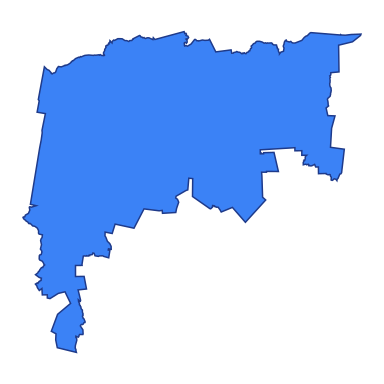 the district of Namiquipa, Chihuahua, Mexico
{"feature_id": "50627088B12522207625024", "entity_name": "Namiquipa", "entity_type": "district", "adm_level": 2, "iso_a3": "MEX", "parent_name": "Mexico", "parent_adm1": "Chihuahua", "projection": "equal_earth", "projection_center": [-107.153, 29.163], "detail": "fine", "context": "isolated", "style": "filled", "palette": "blue", "viewbox_px": 384, "rotation_deg": 0, "n_neighbors": 0, "source": "geoboundaries", "source_scale": "gbopen_adm2", "svg_char_len": 5713}
<svg xmlns="http://www.w3.org/2000/svg" viewBox="0 0 384 384"><path d="M115.1,224.1L134.0,228.2L144.0,208.9L159.2,210.8L162.2,210.4L162.5,213.3L175.8,212.5L176.6,208.4L178.7,202.2L177.5,199.3L175.7,198.0L176.1,196.2L186.0,190.5L187.8,189.9L188.8,178.2L192.7,178.6L192.5,196.5L209.8,208.6L210.7,208.8L212.3,207.3L212.6,205.5L214.1,205.7L214.1,206.4L214.8,206.3L215.2,206.8L215.7,206.6L216.4,207.2L218.1,207.2L220.1,210.0L221.2,212.0L232.4,207.4L245.4,222.3L265.7,200.0L262.6,197.2L261.9,175.9L261.6,172.2L266.5,172.2L266.5,171.4L278.4,171.5L274.0,152.4L263.6,152.7L263.6,153.8L260.3,153.8L260.3,153.4L261.0,153.2L261.0,152.7L260.3,152.3L260.3,149.8L294.9,147.7L294.9,150.8L301.8,150.7L301.8,155.3L306.6,155.3L305.5,156.3L305.2,157.4L305.3,158.6L304.7,160.3L304.3,160.2L304.4,160.6L303.7,160.9L303.8,161.2L303.2,162.6L303.3,164.8L305.4,164.2L306.3,164.4L306.7,164.8L308.2,164.2L308.8,164.7L308.8,165.7L310.9,165.9L311.8,165.8L314.6,164.4L315.7,167.0L318.4,167.0L318.5,173.7L326.0,173.5L326.0,173.9L327.4,174.6L328.6,174.8L329.7,174.5L330.2,174.7L330.5,176.3L331.3,177.3L331.1,180.0L332.1,180.4L332.8,180.1L334.2,178.8L335.9,179.3L336.9,180.6L337.1,179.3L338.0,178.4L339.8,174.1L340.9,173.8L341.6,172.7L344.3,149.2L330.5,147.3L331.6,128.3L335.0,115.9L327.8,115.6L326.1,108.0L328.6,105.9L328.2,105.2L328.0,102.0L327.4,99.2L327.8,98.4L330.1,96.3L330.6,94.3L330.5,93.1L330.8,92.8L331.2,90.7L331.0,87.9L330.2,86.8L329.8,85.4L329.7,83.4L330.0,82.7L330.1,80.4L329.8,78.1L330.4,77.5L329.7,75.9L330.5,75.4L330.8,74.6L330.8,72.7L339.0,71.9L338.6,45.2L352.5,41.8L360.5,35.5L361.0,34.1L351.2,34.5L345.3,35.2L341.3,35.0L340.6,34.5L340.3,35.0L310.8,32.6L309.7,33.2L307.3,35.7L306.0,36.1L304.3,37.4L301.8,40.4L295.1,43.0L293.0,43.0L291.9,42.6L290.8,41.4L289.3,42.0L286.3,41.0L286.2,40.1L285.4,40.4L284.4,42.0L283.9,44.5L283.4,45.5L283.3,46.6L284.0,48.0L283.5,51.3L280.9,52.1L279.5,53.9L279.5,53.3L278.3,50.9L278.5,49.2L277.4,48.7L277.3,47.3L277.0,47.2L276.5,45.0L273.7,44.9L272.5,44.2L272.4,43.5L271.4,42.9L268.0,43.1L267.3,42.9L266.6,43.3L265.4,42.8L264.2,43.2L262.1,42.0L259.6,41.3L256.9,41.3L255.7,42.1L255.4,42.9L253.5,43.7L251.9,45.6L251.3,45.9L251.2,46.6L251.6,47.5L251.3,48.2L250.5,48.7L249.8,50.8L249.1,50.8L248.5,51.9L247.0,52.4L245.9,53.7L244.8,53.3L244.4,52.8L243.6,53.0L243.5,53.4L242.7,53.1L242.0,53.8L239.8,52.3L237.9,52.1L236.8,51.5L235.8,52.1L233.8,52.5L233.2,53.2L231.7,53.2L231.1,49.9L215.8,51.9L209.5,39.3L208.4,40.2L204.9,40.4L202.4,40.0L198.6,41.0L198.2,40.7L196.9,40.8L195.6,39.5L194.6,39.5L191.1,44.0L187.4,46.2L186.0,45.6L184.8,46.0L184.7,45.6L184.4,46.1L184.5,45.0L184.2,43.1L184.8,42.5L185.5,42.4L186.4,43.3L187.2,42.1L187.0,40.2L186.0,39.1L186.6,38.9L187.2,39.4L188.6,37.6L187.9,36.1L186.0,35.5L186.5,34.2L185.9,33.3L184.8,33.6L184.1,31.6L154.9,39.5L153.3,37.7L152.9,39.6L148.9,37.8L147.2,37.8L145.5,38.5L144.5,38.1L144.0,37.5L143.0,37.9L142.0,37.1L141.0,37.0L140.0,35.6L139.5,35.5L133.6,38.5L133.3,39.1L132.9,38.9L131.8,40.5L129.7,40.6L128.8,41.5L126.7,40.6L125.0,40.6L122.2,38.8L120.3,38.7L117.8,38.7L114.6,40.4L113.8,40.0L113.0,40.6L112.1,42.0L112.0,42.9L111.3,42.2L111.0,42.4L110.6,42.0L110.6,41.2L110.0,40.7L110.0,41.4L109.3,42.7L109.1,43.6L108.8,43.4L108.7,43.8L108.5,43.7L107.6,45.4L106.8,45.3L105.9,45.9L105.8,46.7L106.0,47.4L104.7,49.4L104.7,50.6L103.5,52.7L103.5,53.4L104.5,55.2L104.2,55.5L103.8,55.6L103.5,55.0L102.9,55.5L101.7,55.5L100.2,54.6L99.4,55.2L98.9,54.8L95.9,55.2L94.2,55.1L93.6,55.4L88.7,55.0L84.8,55.4L81.1,56.9L80.4,56.6L79.5,57.5L78.7,57.2L75.5,58.6L73.2,60.7L72.5,60.7L71.9,61.4L71.4,61.6L71.4,62.0L70.1,63.2L67.8,64.7L66.4,65.2L66.0,65.0L65.1,65.6L64.4,65.4L64.1,65.8L61.2,66.9L58.4,66.5L56.8,68.7L55.7,71.9L54.8,72.8L53.5,73.0L52.1,73.9L51.2,73.4L51.2,72.8L49.0,70.3L47.1,69.5L44.4,66.8L38.3,99.6L39.2,100.8L37.1,112.2L45.4,113.6L42.0,130.3L42.2,132.9L41.2,140.0L39.7,147.7L30.4,204.3L36.1,205.7L31.3,207.2L30.7,206.9L29.5,206.9L29.3,207.5L29.8,210.2L28.4,213.4L25.4,215.1L24.7,216.9L23.3,217.0L23.0,217.6L24.1,219.3L25.6,220.3L26.1,221.1L27.8,222.0L28.7,223.5L29.3,223.7L29.9,223.3L31.3,224.4L32.6,225.9L34.8,226.3L37.2,228.0L38.2,229.8L38.6,231.1L38.5,233.1L39.1,234.1L42.4,234.8L42.1,237.5L41.1,238.9L40.6,240.6L41.5,244.7L40.4,249.1L41.6,250.7L41.9,252.0L41.2,254.5L39.7,255.0L39.3,255.8L39.2,259.0L39.7,260.0L42.4,261.3L43.7,263.5L44.0,264.6L44.6,265.0L43.4,266.2L43.1,266.9L42.8,267.0L42.7,267.5L42.1,267.4L41.3,267.8L39.8,269.8L39.4,270.9L38.5,271.5L37.8,272.9L35.5,274.7L39.1,277.4L41.4,278.2L41.0,279.3L41.3,279.9L41.0,280.5L39.4,281.2L39.4,281.6L38.8,281.8L38.2,282.9L37.6,282.9L37.6,283.4L36.8,283.2L35.4,284.1L36.8,285.8L37.4,287.7L39.3,290.5L41.9,288.5L42.3,294.9L47.3,294.8L47.3,298.0L50.0,298.6L58.3,293.4L65.0,291.8L70.6,303.4L57.6,314.3L51.3,331.3L56.0,333.8L55.7,339.9L57.3,347.7L76.4,352.4L76.0,351.1L75.9,349.5L75.2,348.1L75.4,345.4L76.8,340.3L76.7,338.7L75.8,337.2L75.9,336.2L78.2,337.2L78.8,336.6L79.0,335.4L79.7,334.5L82.9,334.5L83.1,333.9L82.9,329.8L80.3,325.9L80.9,324.9L81.5,324.4L82.2,324.6L83.2,324.1L84.0,322.6L85.0,322.5L85.1,321.7L83.9,318.8L82.9,317.9L82.9,317.3L82.5,316.6L82.5,316.0L83.1,315.2L82.8,314.5L83.1,314.0L82.4,312.1L82.4,310.1L81.2,308.8L80.8,306.7L80.3,306.1L80.2,305.4L79.4,304.8L79.4,303.3L78.6,301.7L78.4,299.9L80.0,301.4L80.1,302.0L80.6,300.3L78.1,289.9L86.5,289.0L84.1,276.4L75.5,276.5L75.5,265.5L82.1,265.4L82.0,264.4L83.3,256.1L84.4,255.9L86.0,256.1L86.6,255.7L86.9,256.0L88.6,256.0L88.8,255.4L89.7,255.6L89.9,254.9L92.2,254.6L92.9,253.0L94.1,253.3L95.0,255.8L98.4,256.4L99.4,255.9L102.7,255.8L103.7,256.4L108.7,257.8L109.9,250.5L108.2,250.0L108.5,248.8L111.2,249.3L111.1,246.3L109.8,243.6L107.4,241.3L105.9,237.3L105.0,235.9L105.1,232.1L112.2,233.5L115.1,224.1Z" fill="#3b82f6" stroke="#1e3a8a" stroke-width="1.5"/></svg>